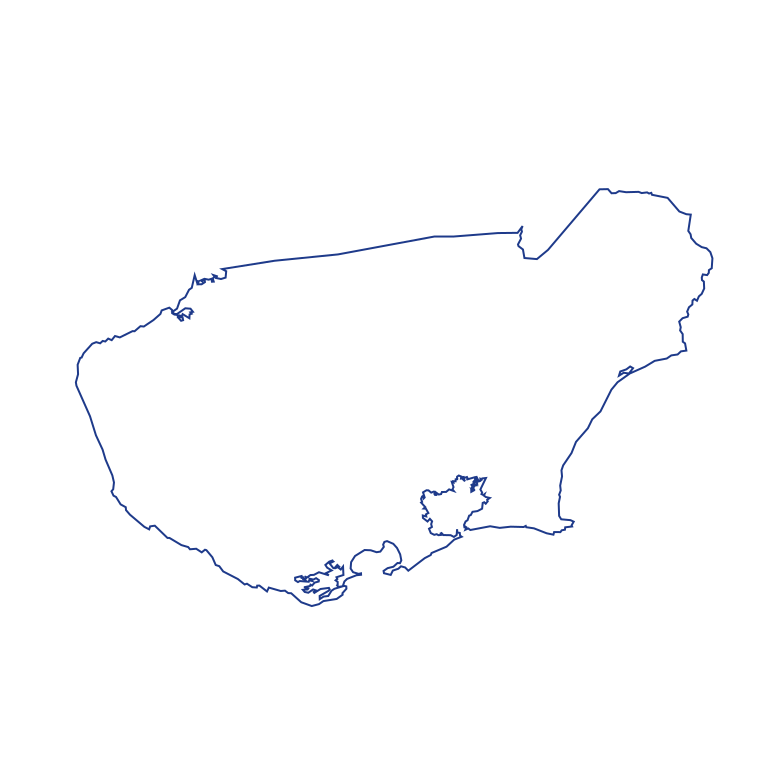 outline of Uribia, La Guajira, Colombia, rotated 189°
{"feature_id": "7082276B96062501211498", "entity_name": "Uribia", "entity_type": "district", "adm_level": 2, "iso_a3": "COL", "parent_name": "Colombia", "parent_adm1": "La Guajira", "projection": "orthographic", "projection_center": [-71.822, 11.991], "detail": "fine", "context": "isolated", "style": "outline", "palette": "blue", "viewbox_px": 768, "rotation_deg": 189, "n_neighbors": 0, "source": "geoboundaries", "source_scale": "gbopen_adm2", "svg_char_len": 6121}
<svg xmlns="http://www.w3.org/2000/svg" viewBox="0 0 768 768"><g transform="rotate(189 384 384)"><path d="M271.8,561.7L275.7,554.2L295.1,550.9L338.5,540.5L357.4,537.5L449.7,504.8L511.4,488.6L561.8,472.2L557.5,470.7L557.1,464.3L561.4,462.2L566.3,462.4L565.9,464.3L569.6,464.9L568.0,463.3L569.7,461.5L568.2,458.5L569.9,458.1L570.9,460.9L573.5,459.6L577.8,459.8L581.2,457.6L579.7,456.9L579.7,457.9L577.2,458.0L576.8,456.6L579.7,454.0L583.6,453.3L583.0,456.4L584.7,456.5L584.8,455.5L588.0,461.9L588.9,448.9L591.3,446.6L593.9,438.7L598.6,434.7L600.2,426.1L604.4,422.0L601.9,420.4L599.4,420.7L592.1,427.7L586.9,428.1L584.0,425.4L586.4,424.5L585.0,423.3L586.9,422.3L586.5,418.5L593.8,421.5L594.4,419.4L596.9,419.7L597.7,417.8L593.4,418.4L592.4,415.6L594.3,414.7L597.8,417.5L598.8,419.9L601.9,419.8L604.3,420.8L604.8,423.9L608.0,425.8L615.1,421.9L615.8,418.2L621.7,411.1L630.2,403.2L633.6,403.0L638.6,397.1L640.6,396.9L652.2,388.7L657.2,389.3L659.8,384.7L663.5,385.7L665.9,382.4L668.6,382.5L670.7,379.8L674.8,380.3L678.5,378.1L685.5,367.3L686.8,362.8L688.1,362.3L689.6,355.1L687.7,345.8L688.6,337.5L687.5,334.2L669.3,306.1L660.5,288.3L651.7,275.2L647.2,265.8L638.0,251.2L635.3,244.5L635.0,237.7L636.4,235.4L633.7,231.4L631.0,230.5L625.3,223.9L619.8,221.9L619.1,219.1L614.5,215.2L598.3,205.4L593.2,203.7L592.7,206.8L588.2,208.2L573.8,198.1L571.8,198.4L558.9,193.2L551.9,192.3L549.8,190.4L543.7,191.9L537.7,189.2L534.9,192.3L533.4,192.1L526.4,186.0L521.9,178.9L518.2,178.3L513.5,173.7L497.8,168.5L490.3,164.2L488.1,165.3L482.3,162.7L477.8,163.1L477.7,165.0L475.5,165.4L467.1,160.8L465.9,164.9L453.6,163.4L449.5,164.4L445.9,162.5L442.9,162.8L431.6,155.5L420.6,153.4L413.8,156.4L409.9,160.1L397.1,164.3L391.9,169.4L392.3,170.9L389.1,175.9L389.6,178.2L391.7,178.4L400.9,174.0L403.5,171.6L405.9,165.9L410.4,164.6L413.8,161.5L414.4,164.6L406.5,171.0L405.5,172.6L406.5,174.0L414.6,171.6L420.1,166.8L420.9,167.6L419.1,169.5L421.9,170.0L426.1,166.0L429.8,166.2L431.9,168.0L427.3,169.1L426.8,170.2L431.2,170.7L425.5,172.9L425.2,174.3L423.5,173.7L421.4,177.0L417.6,178.7L417.6,180.1L420.7,181.6L423.1,179.8L426.5,180.0L424.3,178.2L427.2,178.4L427.4,176.9L436.4,176.2L438.0,174.9L441.0,176.2L441.5,178.8L435.3,181.5L434.8,180.6L435.9,179.3L433.3,180.4L433.3,178.6L431.6,178.5L432.3,179.1L430.7,179.8L431.0,181.2L429.7,180.9L426.8,183.8L423.4,184.5L418.8,187.9L408.6,186.4L411.6,188.2L406.5,191.7L411.4,193.7L413.6,196.1L410.3,200.0L406.6,202.0L407.2,201.2L406.3,200.7L409.7,198.3L405.2,194.2L403.3,194.4L401.5,195.6L403.6,195.2L401.8,198.0L399.8,196.6L401.1,195.9L397.7,194.0L395.9,197.3L394.2,189.0L400.7,185.7L399.6,184.1L401.1,182.5L398.8,181.3L398.2,177.5L399.5,178.5L397.4,176.4L393.1,177.8L392.2,182.8L390.0,185.7L381.3,190.8L376.8,192.0L377.1,193.4L379.4,192.5L385.1,193.3L388.1,196.5L388.6,202.9L385.7,209.6L377.2,217.0L371.1,217.7L365.0,216.7L361.4,217.9L358.7,223.1L359.7,225.2L358.9,228.1L356.4,229.3L349.8,227.6L345.5,224.1L341.4,218.3L339.3,212.5L340.2,209.5L342.7,209.3L346.1,205.0L351.6,202.7L355.2,199.3L354.4,197.1L347.5,196.5L346.1,201.1L340.9,203.8L338.7,206.6L334.4,206.1L330.8,203.4L316.5,218.4L311.1,222.4L310.6,224.5L296.8,233.1L290.3,241.3L283.4,245.3L285.1,246.1L285.9,248.8L288.4,248.8L289.1,252.0L288.6,246.3L291.0,243.9L294.5,245.1L301.7,244.1L303.9,245.8L304.6,245.3L303.6,244.0L306.6,243.2L308.4,243.9L310.8,242.9L314.5,244.1L316.9,248.1L314.3,250.3L315.5,253.0L315.0,255.9L317.6,258.0L319.5,255.0L324.6,257.8L325.1,260.2L321.5,259.8L322.2,261.8L320.0,263.5L323.1,267.4L325.3,267.2L324.0,268.9L328.8,272.7L327.9,273.5L329.4,276.3L328.8,278.8L327.7,279.8L326.9,277.2L326.1,278.3L328.5,283.1L325.4,285.7L323.4,285.9L320.4,284.1L318.0,285.5L315.6,284.5L317.0,283.3L316.2,282.4L315.0,282.6L315.7,285.0L312.6,283.4L310.4,284.2L309.9,286.4L305.8,287.1L303.2,290.1L298.3,289.2L299.9,290.7L299.2,293.0L301.7,297.8L300.0,297.6L300.6,298.8L298.1,299.1L298.3,301.1L296.0,301.6L297.1,301.8L297.3,303.9L295.8,305.3L293.2,304.7L293.2,302.6L292.1,302.9L288.8,300.6L290.4,303.0L291.7,302.9L291.7,304.4L289.9,304.9L291.1,304.0L290.2,303.7L287.5,305.1L286.2,303.3L287.7,302.4L279.8,306.1L278.9,303.8L280.4,301.3L279.7,299.6L281.8,298.0L281.0,297.0L279.7,297.9L281.5,294.4L280.9,291.2L278.7,292.9L280.8,294.3L279.0,294.4L279.7,295.3L278.6,297.5L279.5,297.7L277.6,298.2L279.1,298.7L276.3,299.8L277.2,302.4L278.7,301.2L277.9,303.5L277.2,302.8L278.5,307.4L275.1,302.6L273.8,303.3L274.0,305.4L272.6,304.7L272.2,306.1L268.6,307.1L272.3,294.9L270.1,292.2L270.5,290.5L268.5,289.9L267.5,290.9L267.9,289.4L265.7,288.3L261.7,288.0L264.0,285.7L263.2,284.3L264.8,281.9L264.1,281.1L266.5,282.9L267.9,282.0L267.6,276.2L271.8,273.1L276.6,271.6L277.8,268.1L279.3,267.3L280.2,262.5L281.9,261.0L282.9,257.3L281.9,254.3L281.6,256.0L280.2,255.3L280.8,252.8L278.2,254.5L275.9,253.3L256.9,260.1L247.2,260.0L236.5,262.9L223.7,264.6L221.8,266.0L221.1,264.8L213.3,264.9L200.0,262.0L193.1,261.7L192.8,264.4L186.6,265.3L185.6,267.3L182.5,268.4L182.6,270.8L175.9,272.7L176.6,273.8L175.1,277.7L178.5,278.7L187.8,278.1L190.4,281.1L192.8,293.5L192.5,300.1L193.7,302.0L192.8,306.5L194.1,311.2L193.7,320.6L195.2,326.5L194.3,331.7L188.0,345.1L185.3,356.9L175.7,372.2L172.8,381.7L165.9,390.8L158.5,414.0L153.6,422.3L143.0,432.7L149.0,432.6L153.2,429.0L152.6,433.3L146.9,436.4L143.6,439.8L140.5,438.6L143.5,433.1L142.0,433.4L128.8,442.0L120.3,449.2L108.7,453.4L104.7,457.2L98.6,459.1L95.8,462.7L90.6,464.3L93.0,471.2L95.5,472.5L96.8,480.0L99.9,483.2L99.8,486.5L102.2,491.8L99.4,495.7L94.6,498.0L94.3,500.3L95.9,502.9L94.8,507.5L91.9,510.8L92.3,514.7L90.8,516.5L87.9,515.2L86.7,519.8L84.3,522.7L82.7,528.4L84.1,535.2L86.2,536.4L86.8,538.9L86.2,542.1L81.9,542.1L80.6,544.6L80.9,547.3L78.4,549.6L79.3,559.6L82.3,565.3L86.7,568.5L91.6,568.9L97.6,571.4L103.4,576.3L104.6,579.8L107.4,582.8L107.5,599.3L112.0,599.0L119.3,600.6L133.0,612.2L148.9,612.8L149.9,614.6L152.0,613.6L154.1,614.4L159.4,612.9L162.6,613.6L174.9,611.3L182.0,611.3L185.0,608.8L189.1,608.0L193.3,611.5L201.6,610.0L243.0,542.1L252.5,531.3L265.0,530.4L267.8,538.6L272.7,541.2L273.5,542.8L271.4,549.0L272.8,552.2L271.6,556.0L272.6,558.4L271.8,561.7Z" fill="none" stroke="#1e3a8a" stroke-width="2"/></g></svg>